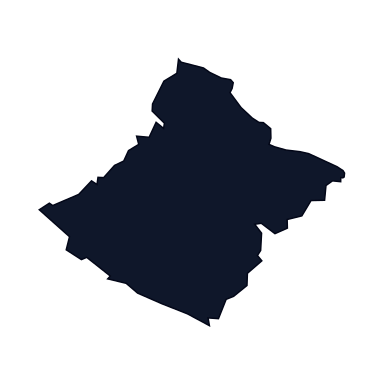 the district of Glynn, Georgia, United States of America, rotated 282°
{"feature_id": "52423323B35006791438696", "entity_name": "Glynn", "entity_type": "district", "adm_level": 2, "iso_a3": "USA", "parent_name": "United States of America", "parent_adm1": "Georgia", "projection": "equal_earth", "projection_center": [-81.504, 31.233], "detail": "fine", "context": "isolated", "style": "filled", "palette": "ink", "viewbox_px": 384, "rotation_deg": 282, "n_neighbors": 0, "source": "geoboundaries", "source_scale": "gbopen_adm2", "svg_char_len": 1109}
<svg xmlns="http://www.w3.org/2000/svg" viewBox="0 0 384 384"><g transform="rotate(282 192 192)"><path d="M142.9,46.3L122.8,81.5L109.3,81.0L102.9,97.9L106.2,102.6L92.8,129.6L89.5,127.6L89.0,146.6L81.8,159.8L76.4,186.0L71.9,212.8L64.9,236.8L72.2,233.9L73.6,244.2L94.1,247.7L98.6,254.4L112.0,265.2L124.0,263.1L139.2,274.6L143.5,269.2L149.1,271.3L166.2,268.6L173.5,260.0L175.8,266.3L168.5,281.8L176.5,292.8L184.9,290.8L191.5,304.4L208.4,310.2L211.5,323.4L226.2,321.7L232.1,327.1L233.0,335.3L237.1,334.5L237.2,336.6L238.3,337.7L242.2,337.3L244.3,335.3L246.9,328.6L253.8,298.1L253.9,289.2L252.6,275.3L253.4,263.2L254.6,257.4L261.0,258.0L270.3,255.8L274.7,247.4L274.0,243.0L276.9,235.5L284.8,222.4L297.1,208.5L301.7,209.7L307.5,209.6L309.9,206.4L309.6,196.9L312.7,184.4L315.7,177.5L316.7,154.5L319.1,151.2L305.0,152.5L294.6,141.5L269.9,135.1L262.9,136.2L253.6,150.7L248.3,151.0L252.7,142.4L236.6,138.7L235.1,126.2L227.5,130.0L219.3,121.3L208.1,118.8L201.9,110.7L187.7,102.6L186.8,97.0L179.6,97.5L182.0,91.4L166.1,81.7L149.8,58.6L151.4,54.8L142.9,46.3Z" fill="#0f172a" stroke="#020617" stroke-width="1.5"/></g></svg>